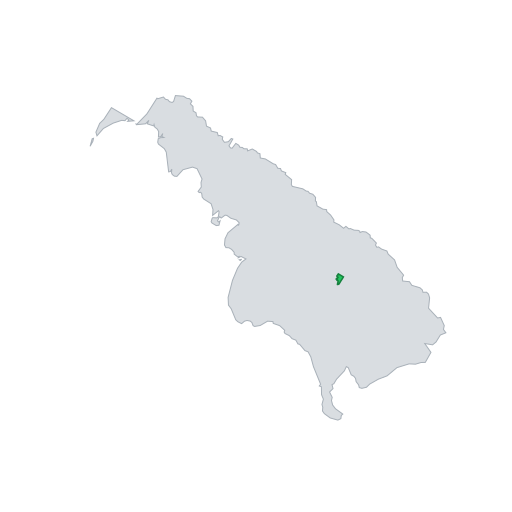 Pocho, Córdoba, Argentina (highlighted), rotated 121°
{"feature_id": "61730980B20468593076410", "entity_name": "Pocho", "entity_type": "district", "adm_level": 2, "iso_a3": "ARG", "parent_name": "Argentina", "parent_adm1": "Córdoba", "projection": "robinson", "projection_center": [-65.259, -31.51], "detail": "fine", "context": "in_parent", "style": "filled", "palette": "green", "viewbox_px": 512, "rotation_deg": 121, "n_neighbors": 0, "source": "geoboundaries", "source_scale": "gbopen_adm2", "svg_char_len": 4839}
<svg xmlns="http://www.w3.org/2000/svg" viewBox="0 0 512 512"><g transform="rotate(121 256 256)"><path d="M314.2,157.1L311.3,162.0L311.9,165.3L309.2,173.2L309.8,174.7L307.6,178.5L308.3,182.5L307.1,186.4L307.5,191.2L306.7,192.7L304.9,193.1L303.5,199.9L304.9,206.5L303.5,207.7L305.9,212.5L313.4,216.6L317.1,220.9L317.2,222.6L315.1,225.3L314.8,227.5L315.9,230.5L317.8,232.3L321.4,233.5L321.7,237.7L321.1,240.5L314.0,250.1L312.3,254.3L305.8,258.6L289.0,263.6L276.0,265.5L268.6,265.1L263.7,263.1L264.1,268.6L266.5,270.2L265.2,270.3L266.2,271.2L265.6,275.7L264.1,276.6L262.9,280.3L262.9,283.5L264.3,286.1L262.8,288.7L257.2,291.4L250.5,292.0L238.3,287.8L238.8,287.1L238.1,286.8L236.1,287.7L235.2,291.4L236.6,297.0L236.2,301.9L236.9,303.5L241.4,305.4L241.0,307.3L242.5,307.5L245.7,307.1L246.1,305.5L244.4,304.9L248.7,303.6L250.4,305.7L250.4,310.7L249.7,312.1L246.3,313.0L245.4,312.8L243.5,309.2L241.8,308.5L237.1,310.4L236.5,311.5L243.5,314.1L238.3,316.8L234.3,321.4L234.1,330.1L233.2,332.5L230.4,334.7L229.9,336.3L230.9,337.3L230.5,338.9L225.1,338.4L221.3,341.0L217.8,341.9L211.5,351.5L212.5,356.2L219.6,363.0L228.5,364.8L229.6,367.1L229.3,369.7L228.2,371.3L224.9,372.9L227.7,372.9L228.9,374.2L213.2,386.4L211.2,389.9L210.3,397.3L209.1,398.8L205.9,400.2L203.7,398.7L201.9,396.0L202.0,398.2L199.0,399.0L202.6,399.1L204.3,400.9L199.5,403.5L198.1,405.9L197.6,409.2L195.8,411.1L197.2,410.7L198.7,417.3L194.9,417.7L199.6,418.8L205.1,426.2L204.6,426.8L204.5,426.0L190.4,422.7L171.7,422.2L171.8,421.2L167.4,417.2L168.3,414.3L167.5,411.9L168.3,409.7L167.6,407.0L166.0,406.2L160.0,407.7L156.4,400.5L156.5,396.5L155.4,394.0L156.3,390.7L159.4,390.6L160.2,387.1L164.1,384.5L164.1,381.2L166.4,379.3L166.9,377.7L164.6,373.4L166.1,368.8L170.2,365.3L169.7,360.9L172.0,358.7L170.1,352.8L172.4,350.3L171.2,348.9L171.1,345.8L173.4,345.0L174.8,341.6L172.3,338.6L168.0,337.7L167.7,336.1L175.5,335.9L176.5,333.5L175.9,332.0L169.9,331.3L169.9,327.9L171.1,325.8L170.0,323.6L170.3,321.6L168.7,318.7L170.2,317.3L166.2,314.3L166.1,309.3L166.9,308.0L166.3,305.3L169.8,302.8L168.0,298.0L168.1,288.8L167.5,286.3L169.6,282.5L168.4,280.0L170.0,278.1L169.2,273.4L171.0,273.0L172.2,264.8L176.7,262.4L177.6,260.7L174.3,250.4L174.5,246.5L173.8,244.7L174.6,242.4L173.8,239.1L175.1,235.1L178.2,233.5L178.4,232.2L181.6,229.5L181.4,222.8L179.9,219.4L181.5,218.2L182.5,213.1L184.9,207.8L186.9,206.8L186.4,200.8L187.1,195.2L184.3,194.2L184.9,190.3L183.9,189.4L183.3,185.2L181.4,181.6L181.3,179.9L182.3,178.9L180.3,177.5L178.8,174.1L179.1,171.0L179.4,168.9L181.6,167.4L181.2,165.9L182.9,159.5L185.1,159.2L186.3,156.9L185.1,155.7L185.4,151.9L184.3,146.4L186.3,143.7L188.0,135.2L193.0,129.2L196.4,119.6L199.1,119.5L201.9,117.4L199.0,111.2L200.9,107.3L198.8,99.1L199.4,96.0L201.1,94.2L199.2,91.1L199.8,88.5L202.5,85.6L211.9,81.2L215.6,68.4L213.6,66.2L218.7,58.8L222.4,57.5L224.0,53.7L228.8,57.3L237.0,57.4L241.2,58.9L244.1,66.3L248.5,56.4L260.0,56.1L262.3,59.7L266.6,63.6L269.6,69.2L279.1,77.7L291.2,81.9L298.6,87.7L307.3,92.6L311.6,93.7L314.9,97.1L315.6,99.7L313.6,101.7L312.1,105.5L309.7,107.6L308.7,110.1L308.8,113.2L304.2,119.4L304.3,121.6L308.9,121.1L320.0,123.5L325.4,123.5L327.1,124.6L330.0,121.7L334.7,122.9L337.9,117.9L341.0,116.9L344.3,113.5L346.0,109.2L346.8,100.2L348.7,100.8L351.7,99.5L354.5,101.3L356.6,109.0L355.9,116.3L354.6,119.2L351.2,120.9L349.3,123.0L344.0,124.5L341.1,128.4L334.4,132.6L334.8,134.8L332.6,134.6L321.3,149.7L314.2,157.1ZM203.3,456.3L203.0,430.3L206.7,435.4L204.9,435.0L204.4,437.5L207.5,438.0L208.9,441.0L215.6,446.8L225.3,452.5L234.9,454.2L232.3,457.0L222.8,458.3L217.2,456.8L203.3,456.3ZM238.8,455.9L241.7,454.9L247.4,454.7L239.9,456.8L238.8,455.9ZM268.0,267.2L267.9,268.4L266.1,266.6L268.0,267.2Z" fill="#d9dde1" stroke="#a8b0b8" stroke-width="1"/><path d="M228.9,170.3L228.9,176.2L229.4,176.3L229.6,176.2L229.6,176.3L229.9,176.3L230.1,176.3L230.3,176.3L230.5,176.3L230.8,176.4L231.0,176.4L231.3,176.4L231.5,176.4L231.7,176.2L231.8,176.1L231.8,175.9L231.8,175.7L232.0,175.6L232.0,175.4L232.0,175.2L232.0,174.9L232.0,174.7L232.3,174.7L232.5,174.7L232.8,174.7L232.8,174.8L232.8,175.0L232.7,175.1L232.8,175.1L233.0,175.1L233.3,175.1L233.5,175.1L233.8,175.1L234.0,175.1L234.1,175.3L234.4,175.4L234.4,174.9L234.5,174.7L234.3,174.7L234.3,174.1L235.1,174.1L235.2,173.5L235.2,173.4L235.2,173.1L235.1,172.7L235.5,172.6L235.8,172.4L236.0,172.3L236.1,172.2L236.3,172.2L236.5,172.2L236.8,172.1L237.0,172.1L237.3,172.1L237.5,172.0L237.7,171.8L237.8,171.7L237.7,171.7L237.7,171.4L237.8,171.4L237.7,171.3L237.8,171.3L237.8,171.2L237.8,170.9L237.8,170.6L237.7,170.5L237.4,170.5L237.2,170.5L236.7,170.4L235.6,170.4L235.1,170.4L234.8,170.4L234.6,170.4L233.5,170.4L233.4,170.4L233.0,170.4L232.7,170.4L232.1,170.3L231.4,170.3L231.1,170.3L230.9,170.3L230.6,170.3L230.0,170.3L229.2,170.3L228.9,170.3L228.9,170.3Z" fill="#22c55e" stroke="#15803d" stroke-width="1.5"/></g></svg>